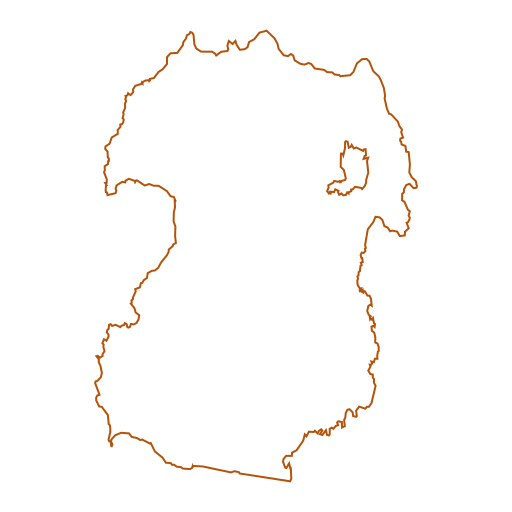 Sukabumi, Jawa Barat, Indonesia (Equal Earth projection)
{"feature_id": "22746128B66929526216355", "entity_name": "Sukabumi", "entity_type": "district", "adm_level": 2, "iso_a3": "IDN", "parent_name": "Indonesia", "parent_adm1": "Jawa Barat", "projection": "equal_earth", "projection_center": [106.689, -7.076], "detail": "fine", "context": "isolated", "style": "outline", "palette": "amber", "viewbox_px": 512, "rotation_deg": 0, "n_neighbors": 0, "source": "geoboundaries", "source_scale": "gbopen_adm2", "svg_char_len": 6029}
<svg xmlns="http://www.w3.org/2000/svg" viewBox="0 0 512 512"><path d="M167.0,57.1L167.0,64.0L162.5,69.4L158.6,71.9L154.0,78.0L149.9,78.9L150.0,80.4L149.1,81.2L148.6,80.2L145.5,80.5L142.7,82.0L142.6,83.4L141.9,82.4L141.4,83.9L135.3,85.8L133.0,89.4L133.3,91.8L131.9,93.7L130.5,95.1L128.1,93.3L127.5,95.3L125.5,95.9L126.0,97.5L125.3,99.3L126.2,101.0L124.9,103.8L125.2,107.8L123.2,112.3L123.6,114.3L122.6,118.1L123.7,119.3L123.2,122.4L122.0,124.1L120.3,124.5L120.5,126.8L117.7,129.9L117.8,133.8L111.7,137.5L109.6,143.7L105.5,146.4L105.2,148.9L107.5,151.5L107.8,157.4L108.8,158.4L108.9,160.9L108.2,161.1L107.9,164.1L104.7,166.2L104.8,170.5L104.0,172.2L106.8,179.3L106.6,182.9L105.2,183.0L106.7,185.3L106.0,185.8L105.6,190.4L105.9,192.1L107.1,192.5L107.5,195.1L115.6,193.2L116.3,190.8L115.6,188.3L116.6,185.4L122.2,181.8L125.2,182.4L125.5,180.7L128.7,178.8L134.6,180.8L135.1,182.2L136.2,180.4L137.2,180.5L144.7,185.5L149.1,184.0L153.6,185.7L158.6,185.8L166.9,191.1L170.6,196.3L173.8,196.9L175.5,200.9L174.8,202.2L175.0,200.9L174.7,200.7L175.0,207.2L173.8,212.6L173.6,221.4L175.4,226.6L175.1,236.3L175.9,243.0L173.3,244.4L172.6,246.2L168.8,249.5L168.6,252.0L167.0,255.1L161.0,262.6L158.2,267.8L154.9,270.5L151.9,270.8L147.7,273.1L147.0,277.9L143.6,280.3L142.4,282.8L140.8,283.2L139.9,287.4L135.2,289.1L135.7,291.4L132.9,297.6L132.9,299.4L131.5,300.4L131.7,302.9L130.8,303.6L134.5,308.2L135.6,312.4L139.3,315.3L138.5,319.5L136.5,322.9L133.9,324.4L130.9,324.0L129.9,327.0L128.3,327.6L127.4,327.2L126.5,323.9L124.8,323.1L124.0,325.1L121.7,325.6L120.3,327.1L115.6,324.8L112.1,325.9L110.7,324.2L109.1,324.7L108.6,329.0L107.5,329.7L106.7,332.2L108.5,334.4L108.5,336.8L106.4,340.7L103.9,339.3L102.4,343.3L103.6,344.5L103.4,347.2L104.5,351.1L102.5,354.3L102.6,355.9L100.1,357.6L97.7,355.8L96.4,356.2L98.9,359.5L98.7,362.0L100.4,365.7L101.9,373.0L100.8,377.3L97.1,381.1L95.6,381.4L95.1,382.9L99.5,394.8L97.3,395.5L96.2,397.6L96.2,400.4L99.2,406.5L101.8,406.8L107.9,415.2L108.7,424.1L109.9,425.3L110.3,428.1L110.2,432.5L108.5,439.7L109.2,441.3L110.5,441.2L111.5,447.0L112.4,444.2L111.1,442.0L111.4,439.5L115.3,435.2L121.2,432.8L129.0,433.4L131.7,436.9L137.2,438.1L140.1,440.0L142.2,439.6L150.1,443.6L150.8,443.1L154.9,451.5L162.4,457.5L165.9,462.7L170.8,463.1L172.0,464.8L174.0,464.7L176.8,466.7L180.8,467.1L183.0,468.6L190.0,469.1L192.0,468.0L192.5,466.5L192.7,467.5L193.2,465.9L203.0,466.5L231.0,472.4L234.5,471.2L238.9,472.2L239.7,473.5L290.1,481.3L291.3,478.8L290.8,467.3L290.4,468.6L289.1,463.4L286.4,468.0L285.2,467.6L283.0,461.8L283.5,459.1L286.1,455.9L291.8,455.9L292.1,452.6L296.5,450.4L303.2,440.7L304.8,434.4L306.5,436.3L308.9,431.7L313.8,432.0L314.9,430.7L317.6,433.4L318.8,431.0L321.2,429.3L322.3,430.6L319.9,434.2L322.4,435.0L325.9,430.2L327.0,434.9L329.0,435.4L329.7,434.4L329.7,428.9L331.7,427.6L333.3,428.8L335.8,425.9L338.1,425.2L337.1,422.5L338.2,421.3L341.9,422.0L342.0,427.5L344.8,426.2L344.1,420.1L345.4,417.2L345.7,413.1L347.4,409.8L349.5,409.2L352.6,412.3L353.2,416.1L356.2,416.8L356.8,416.0L356.1,410.7L359.2,406.6L365.3,408.7L366.9,406.8L368.9,406.8L371.5,403.1L375.6,385.8L373.9,382.6L374.1,379.2L372.8,377.6L372.8,374.5L370.4,374.1L368.3,370.7L370.4,366.7L369.8,364.6L371.3,364.7L372.1,363.5L371.4,361.5L373.8,362.2L374.9,358.7L377.4,358.8L377.2,355.8L377.9,351.6L378.7,350.9L378.7,347.0L377.5,343.5L375.2,342.5L375.3,337.0L374.2,332.6L371.9,330.8L371.5,326.6L373.5,325.8L374.6,326.9L375.0,324.1L374.0,323.3L373.0,318.1L371.9,319.6L370.8,318.4L370.1,319.3L369.7,316.7L370.6,316.2L368.7,314.7L367.2,311.0L368.4,305.9L370.4,304.6L371.7,305.6L371.0,298.8L369.5,295.7L367.4,295.6L364.8,291.2L363.1,291.1L363.1,292.5L361.5,291.5L362.1,290.2L360.0,291.2L359.7,290.2L360.8,290.0L361.4,288.3L359.9,288.5L357.6,285.0L357.3,280.4L358.1,278.8L357.4,276.4L358.5,275.4L358.6,272.2L360.0,271.0L360.4,266.0L361.7,265.1L360.8,262.7L362.8,262.0L362.2,258.1L361.5,258.2L360.6,255.0L361.8,252.6L363.7,252.9L365.4,251.0L365.0,248.6L365.8,247.9L365.1,245.0L367.8,229.3L373.3,222.1L375.5,216.8L379.7,217.4L382.4,220.0L384.4,226.2L387.5,227.4L390.2,231.3L392.3,230.6L397.2,231.6L399.8,236.1L404.8,235.4L405.0,231.7L408.7,228.3L406.6,222.8L408.0,222.2L409.5,219.4L409.7,217.5L408.6,215.6L409.8,211.3L407.9,209.7L404.4,201.7L402.1,200.4L402.2,193.6L403.8,192.6L404.0,189.3L406.2,185.1L409.5,183.8L413.6,188.2L416.5,187.7L416.9,186.1L415.8,181.1L411.7,177.2L409.3,172.4L409.9,164.5L408.7,152.1L406.2,151.7L405.4,145.9L401.6,144.5L401.1,141.6L400.1,140.7L400.4,138.5L403.1,137.6L401.2,132.2L402.0,129.6L399.3,125.9L397.8,121.5L391.1,114.3L389.2,113.8L387.0,108.9L384.6,98.5L385.1,95.8L383.9,88.1L380.8,80.1L378.9,76.5L373.3,71.2L369.3,61.5L366.7,59.0L362.2,59.1L356.9,63.4L353.4,72.0L350.2,75.2L340.4,76.2L339.1,75.0L334.6,74.5L332.3,72.4L327.1,72.1L324.2,69.9L314.8,68.5L311.4,64.1L308.6,63.0L304.6,64.6L300.6,63.9L294.7,60.4L293.2,55.6L290.9,54.0L288.0,56.1L283.7,55.3L278.6,48.8L277.6,44.1L274.6,38.4L266.6,30.7L259.5,32.6L254.2,39.3L249.1,42.0L247.5,47.2L244.9,49.1L239.9,49.8L236.6,44.8L235.4,40.9L232.7,44.0L228.8,41.0L227.4,45.7L228.2,49.3L227.4,51.0L221.1,51.8L216.2,55.5L215.3,53.8L212.1,51.7L201.0,51.6L196.3,48.5L194.4,44.4L193.5,34.8L192.3,32.8L190.3,32.0L189.5,33.8L186.9,35.3L186.0,38.5L183.3,42.1L182.9,45.1L177.3,52.9L170.5,53.3L167.0,57.1ZM347.6,141.7L348.8,147.7L350.7,146.9L351.7,144.9L353.8,148.5L356.3,147.5L363.1,150.9L363.7,149.5L365.6,149.2L366.0,155.5L364.7,155.9L363.6,158.9L368.2,157.7L367.0,161.1L368.3,172.5L366.1,180.2L366.2,182.5L364.8,185.9L362.1,189.1L361.1,187.9L355.0,186.8L352.6,189.5L351.1,189.5L351.2,191.3L348.6,192.2L348.6,193.5L347.2,192.4L345.9,194.9L343.2,195.3L341.5,193.4L339.2,194.8L338.0,192.2L338.5,190.9L335.3,189.3L334.1,192.1L331.2,191.7L330.7,193.3L329.7,192.1L328.9,193.5L327.1,191.1L328.6,187.6L328.3,185.3L333.2,182.7L334.2,180.9L337.9,181.8L339.6,181.1L340.0,182.3L340.8,182.2L341.4,181.0L345.2,179.9L345.8,178.5L343.9,170.0L340.7,166.9L340.9,154.7L341.1,153.5L342.7,153.6L343.3,155.3L345.0,148.1L345.1,142.2L345.8,141.2L347.6,141.7Z" fill="none" stroke="#b45309" stroke-width="2"/></svg>